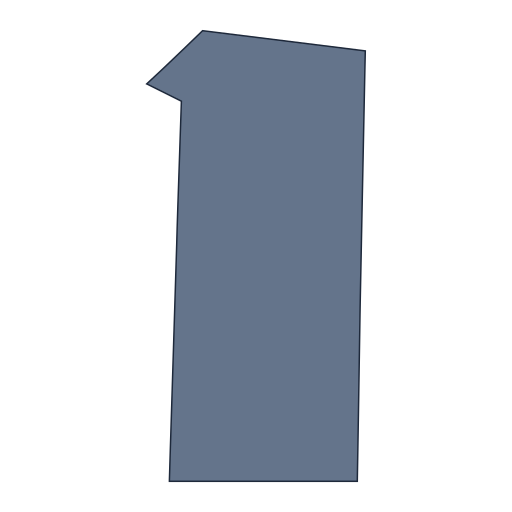 9 de Julio, Río Negro, Argentina (Mercator projection)
{"feature_id": "61730980B80423249669200", "entity_name": "9 de Julio", "entity_type": "district", "adm_level": 2, "iso_a3": "ARG", "parent_name": "Argentina", "parent_adm1": "Río Negro", "projection": "mercator", "projection_center": [-67.548, -40.906], "detail": "fine", "context": "isolated", "style": "filled", "palette": "slate", "viewbox_px": 512, "rotation_deg": 0, "n_neighbors": 0, "source": "geoboundaries", "source_scale": "gbopen_adm2", "svg_char_len": 450}
<svg xmlns="http://www.w3.org/2000/svg" viewBox="0 0 512 512"><path d="M357.3,481.3L357.3,481.2L357.3,480.9L357.8,451.9L358.0,440.1L358.4,416.1L360.1,308.3L361.9,217.6L364.9,68.7L365.3,50.9L202.6,30.7L182.7,49.9L163.0,68.7L146.7,83.9L181.4,101.2L177.9,204.6L177.2,226.3L176.7,244.5L171.9,399.1L171.7,405.5L170.7,437.4L170.3,450.1L169.4,480.2L169.4,480.5L169.4,481.2L169.4,481.3L357.3,481.3Z" fill="#64748b" stroke="#1e293b" stroke-width="1.5"/></svg>